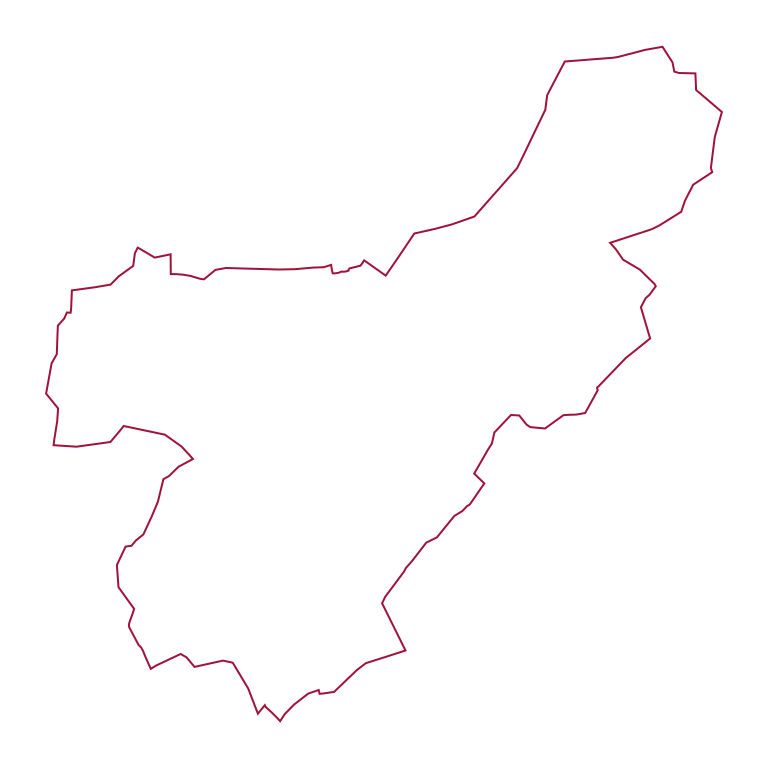 Babura, Jigawa, Nigeria
{"feature_id": "59680162B12953009585437", "entity_name": "Babura", "entity_type": "district", "adm_level": 2, "iso_a3": "NGA", "parent_name": "Nigeria", "parent_adm1": "Jigawa", "projection": "orthographic", "projection_center": [8.842, 12.599], "detail": "fine", "context": "isolated", "style": "outline", "palette": "rose", "viewbox_px": 768, "rotation_deg": 0, "n_neighbors": 0, "source": "geoboundaries", "source_scale": "gbopen_adm2", "svg_char_len": 2449}
<svg xmlns="http://www.w3.org/2000/svg" viewBox="0 0 768 768"><path d="M46.1,393.6L58.1,408.4L57.2,421.3L55.4,432.5L54.3,439.3L53.6,445.2L76.5,446.7L110.4,442.0L120.1,430.5L123.7,426.0L156.5,432.9L164.9,434.7L181.4,446.4L189.7,455.3L192.9,459.0L178.6,466.7L169.1,476.0L163.4,479.2L157.9,501.7L151.7,516.5L143.4,534.4L136.0,540.4L132.7,544.3L131.5,545.8L125.6,546.6L116.9,565.0L118.5,587.2L134.1,608.8L132.6,613.7L129.9,621.1L129.0,624.0L129.1,627.1L138.6,645.0L141.1,647.4L143.2,651.2L144.5,654.7L150.8,668.9L155.8,665.7L180.6,654.0L186.5,657.3L194.5,666.9L223.0,660.6L232.7,662.7L233.1,663.3L248.2,688.5L257.9,713.7L264.8,705.2L265.5,706.8L270.9,711.7L275.5,716.2L278.2,719.0L280.1,721.2L284.6,714.3L293.9,704.7L308.2,693.6L318.7,690.0L319.6,693.8L323.2,693.5L334.1,691.9L356.8,670.1L365.8,663.2L383.5,657.6L405.5,650.5L382.1,603.3L385.2,596.8L404.1,571.5L405.8,568.1L411.5,561.7L426.3,542.6L436.9,537.4L452.9,517.7L454.4,515.9L462.4,511.0L467.1,506.1L469.8,504.5L484.3,483.4L474.2,473.6L482.9,458.5L486.8,451.7L487.6,450.2L491.9,443.5L494.4,432.5L511.0,415.0L519.3,415.5L524.6,422.2L526.6,424.6L530.2,427.1L545.0,428.5L563.4,415.2L568.7,414.8L576.1,414.6L585.2,413.0L590.9,402.6L597.7,390.3L597.6,389.5L597.0,388.1L597.4,387.1L598.3,386.6L625.7,358.1L650.1,338.5L640.9,307.2L645.7,298.1L649.6,294.7L655.8,286.2L654.5,284.0L640.0,269.7L623.1,259.7L615.9,249.3L610.1,242.8L651.5,229.3L659.1,225.6L681.2,211.8L685.0,200.6L693.2,184.7L702.9,178.3L712.2,172.2L710.9,167.9L711.5,163.1L711.9,159.9L714.8,136.9L721.9,112.0L696.1,90.0L695.4,73.4L679.0,73.0L674.3,71.6L672.5,62.4L662.5,46.8L645.0,49.9L618.3,56.9L613.5,57.7L564.8,61.5L547.2,95.1L545.3,109.8L521.9,158.5L517.1,168.2L474.4,216.5L451.9,224.4L434.5,229.0L414.3,233.5L397.5,258.5L385.7,275.6L364.2,260.4L363.9,260.9L363.4,261.4L363.1,261.8L362.9,262.2L362.8,262.7L362.2,263.4L361.0,264.9L360.3,265.8L358.5,266.1L355.9,266.9L352.4,267.7L349.4,268.4L348.7,269.6L348.5,270.7L345.8,271.5L343.2,271.8L341.9,271.5L338.2,272.9L334.7,273.4L332.7,273.3L331.9,270.0L331.1,264.9L323.9,267.2L313.1,267.6L294.7,269.2L278.6,269.5L225.9,268.0L215.4,269.9L204.0,279.3L200.1,278.8L190.3,275.9L182.6,274.6L175.5,274.1L170.8,274.1L170.6,254.3L154.8,257.6L137.8,247.6L137.7,247.6L134.9,253.2L133.2,265.9L118.9,276.2L110.6,284.6L95.3,287.2L71.9,290.4L71.1,309.3L70.6,312.7L68.8,312.6L66.9,312.5L64.3,318.4L57.9,325.6L57.6,331.6L56.8,354.1L51.6,363.4L46.1,393.6Z" fill="none" stroke="#9f1239" stroke-width="2"/></svg>